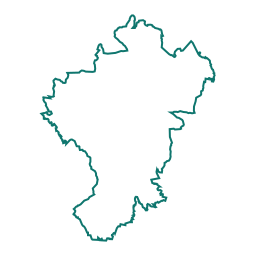 Tepetlán, Veracruz, Mexico
{"feature_id": "50627088B10984666318853", "entity_name": "Tepetlán", "entity_type": "district", "adm_level": 2, "iso_a3": "MEX", "parent_name": "Mexico", "parent_adm1": "Veracruz", "projection": "albers", "projection_center": [-96.778, 19.664], "detail": "fine", "context": "isolated", "style": "outline", "palette": "teal", "viewbox_px": 256, "rotation_deg": 0, "n_neighbors": 0, "source": "geoboundaries", "source_scale": "gbopen_adm2", "svg_char_len": 5735}
<svg xmlns="http://www.w3.org/2000/svg" viewBox="0 0 256 256"><path d="M41.4,113.7L43.8,116.1L43.8,118.8L44.6,119.0L45.2,118.4L46.2,119.1L47.1,118.8L48.1,119.1L48.6,119.9L48.6,121.4L49.9,123.0L51.2,122.2L51.6,122.5L51.5,124.2L51.8,125.4L52.2,125.7L53.3,125.3L53.4,124.3L54.2,123.9L56.8,127.2L56.8,127.7L55.7,128.2L56.2,130.9L56.8,130.6L58.7,132.4L58.5,133.7L59.2,135.1L59.9,134.8L60.9,135.8L60.4,136.3L61.4,136.8L60.7,137.8L62.6,140.1L62.2,140.7L63.0,141.8L63.2,143.2L64.9,142.7L64.2,141.4L65.0,140.6L65.9,141.1L66.5,142.7L66.3,143.9L69.8,140.2L70.9,139.6L71.9,139.5L74.7,141.1L76.7,146.2L79.2,146.4L79.5,146.9L79.4,147.9L79.9,150.0L82.5,149.8L83.2,151.0L85.0,151.3L86.9,154.0L87.4,156.0L89.9,157.2L90.4,157.9L90.4,161.8L89.7,164.0L90.2,165.7L91.3,167.0L91.2,168.8L95.0,171.2L96.0,173.3L96.1,175.6L97.1,177.3L97.2,178.8L97.7,179.3L96.8,184.1L92.8,188.4L93.5,191.5L93.4,192.7L93.8,194.1L94.2,194.5L89.5,197.1L88.2,199.1L84.3,200.6L80.6,204.4L78.6,205.5L78.0,205.4L77.4,206.3L76.8,206.3L76.0,206.8L74.4,208.6L73.6,208.3L73.9,208.6L73.7,208.9L75.2,210.6L75.2,211.7L74.1,213.4L74.3,214.0L73.6,214.0L73.5,214.4L75.5,215.7L75.7,216.3L76.3,216.7L76.3,217.3L77.2,217.7L77.9,217.4L78.1,218.3L79.9,219.4L82.0,224.5L82.8,225.7L84.2,226.6L85.4,228.5L87.1,232.6L88.0,232.6L88.0,235.2L90.5,235.3L91.7,238.9L92.4,239.6L98.0,239.9L98.1,237.6L99.2,238.6L99.6,240.2L101.0,240.3L101.1,239.1L101.7,238.7L102.4,240.4L106.2,240.6L107.2,238.3L108.7,238.3L110.0,238.7L109.8,239.1L112.1,239.2L112.9,236.5L111.9,235.5L112.0,234.9L112.5,234.8L113.7,233.1L114.8,233.0L115.0,233.5L116.9,228.1L118.3,226.3L120.0,226.4L120.5,224.2L125.4,225.2L125.4,223.5L130.4,221.9L131.1,220.6L131.7,221.9L131.4,222.2L131.9,222.2L131.6,219.4L133.1,219.2L132.1,217.6L133.9,216.2L134.2,215.4L133.3,215.1L134.2,214.6L133.4,212.7L133.7,211.5L134.4,211.1L133.7,210.5L133.4,207.2L133.5,206.5L133.9,206.8L134.3,206.4L134.1,205.3L135.2,204.9L135.0,204.5L135.8,203.8L135.9,201.9L135.2,201.0L134.9,199.0L135.3,197.4L135.9,196.8L137.2,197.0L139.0,201.2L138.6,201.4L139.1,202.6L139.7,202.4L140.4,203.7L142.0,204.4L142.8,207.2L144.4,208.1L145.6,210.0L145.9,209.7L146.5,210.3L147.0,210.3L147.5,209.6L146.8,207.7L147.4,206.6L147.1,204.8L147.7,204.0L149.8,204.9L150.3,206.0L151.5,206.5L153.7,206.6L155.3,207.3L155.9,207.1L153.2,204.3L154.6,204.4L155.1,205.0L155.3,202.8L157.0,202.5L157.7,201.9L158.6,202.7L161.5,200.8L162.4,200.9L163.4,200.1L165.3,200.8L166.3,197.6L162.6,196.8L162.9,194.3L162.3,194.1L161.7,194.7L160.7,194.9L160.8,193.8L160.3,193.6L161.4,191.9L161.5,190.8L160.4,190.1L158.6,190.3L157.8,189.9L157.4,188.9L159.1,186.5L159.7,186.5L156.2,183.9L153.4,184.0L154.8,183.5L152.4,183.1L151.3,179.7L159.2,178.2L156.8,173.2L156.5,171.9L156.9,169.9L157.0,170.2L157.4,169.4L157.7,169.4L158.4,171.6L160.2,172.6L160.0,172.4L161.9,172.5L162.2,170.0L161.8,169.0L163.3,167.4L164.5,165.5L164.6,162.8L165.7,162.4L166.8,161.2L169.0,160.6L170.0,159.0L170.6,156.7L170.4,154.7L170.7,151.5L170.1,149.4L170.5,146.3L171.2,145.4L171.1,144.1L172.0,142.8L169.9,137.0L169.7,129.1L173.8,128.7L174.9,129.5L180.3,129.1L181.1,128.7L180.8,127.5L181.7,126.5L183.4,125.6L183.8,124.6L182.9,121.0L182.2,119.9L178.9,117.9L177.0,117.5L173.3,114.1L170.7,112.5L172.9,112.5L174.0,111.8L176.7,111.8L177.7,112.1L180.2,111.1L183.5,112.0L186.6,112.3L188.4,113.1L189.9,112.8L192.1,113.3L194.6,112.8L193.9,110.9L194.0,106.5L195.6,101.4L196.2,97.7L200.6,95.3L201.2,94.2L201.1,91.3L202.7,90.5L202.9,89.9L202.9,88.9L203.4,87.9L203.2,86.2L204.0,82.0L204.6,82.4L205.2,82.2L205.6,78.6L208.2,79.2L208.7,78.2L209.5,78.1L210.2,79.5L211.0,78.8L212.6,79.0L212.0,80.0L211.9,81.4L213.3,81.6L214.1,79.6L213.8,78.3L214.0,77.9L213.6,77.3L214.6,75.4L214.1,74.0L214.3,73.4L213.7,73.2L213.9,72.8L213.0,69.7L212.3,69.4L211.5,67.9L211.1,66.3L210.5,65.5L211.1,64.6L210.2,63.4L209.8,60.6L207.3,58.3L206.7,57.9L206.1,58.3L205.4,57.2L204.6,57.9L204.2,57.5L202.3,57.4L199.6,55.7L198.9,54.8L199.5,54.4L200.2,52.9L199.8,52.4L198.0,53.4L192.7,42.8L191.1,41.2L182.9,50.5L181.1,50.9L180.2,48.7L177.6,48.9L175.0,51.6L174.3,54.3L174.8,54.4L175.6,55.8L175.1,56.7L174.3,57.0L171.7,55.0L171.0,55.2L169.3,54.3L161.7,47.4L162.2,42.7L161.7,40.4L162.0,39.1L161.3,38.4L161.3,36.9L161.5,37.2L161.7,36.5L163.0,35.9L162.2,34.4L161.4,30.4L160.5,29.4L159.5,29.6L158.8,28.9L155.1,28.0L153.9,26.9L152.6,26.4L152.6,25.7L152.2,25.2L150.8,24.7L147.9,24.8L147.4,25.8L146.3,25.5L145.3,24.8L144.6,23.7L145.0,21.4L143.1,20.2L139.0,20.7L138.5,22.3L137.3,22.4L136.8,23.0L136.2,26.2L135.7,26.4L134.9,28.0L132.6,28.0L134.3,25.9L134.5,22.8L134.3,20.9L134.9,20.0L134.8,18.1L134.4,16.7L133.3,15.5L132.0,15.4L130.6,16.7L129.7,18.9L129.7,19.9L126.6,24.4L126.2,26.4L122.6,26.8L122.0,27.4L119.4,27.3L118.5,28.2L117.9,28.3L116.6,30.4L115.3,30.6L114.6,31.9L114.6,33.6L115.1,34.8L114.6,36.3L115.4,37.5L117.6,39.2L119.9,41.8L122.3,43.2L123.5,44.9L125.0,46.0L127.0,49.2L127.3,50.6L123.1,51.2L121.1,51.0L115.5,52.9L107.7,53.7L103.7,53.1L103.1,49.2L101.5,46.8L101.5,45.0L100.7,44.2L99.4,44.6L98.6,45.7L97.4,49.4L99.3,50.3L95.5,54.9L96.1,55.7L97.1,56.0L97.2,57.0L97.9,57.8L97.5,59.0L96.3,60.2L95.0,60.3L94.4,61.8L94.1,63.3L94.8,64.7L95.2,68.8L94.7,71.4L92.8,71.9L85.7,71.6L83.8,70.8L81.7,70.5L80.3,71.4L79.2,72.6L67.3,72.9L68.3,74.9L68.2,75.7L67.7,77.7L65.9,79.6L65.6,82.6L64.8,83.0L62.9,82.8L62.2,81.7L61.0,81.3L59.8,79.9L57.4,79.5L55.5,78.7L54.9,79.2L53.5,80.6L53.6,82.0L54.7,84.8L54.5,85.4L53.9,85.5L53.8,86.0L54.4,86.1L53.1,88.2L54.1,91.4L53.7,94.6L53.7,96.0L54.2,97.1L53.6,96.4L51.7,96.9L49.2,96.4L49.8,97.1L49.6,97.7L50.1,98.3L42.5,97.2L44.0,97.8L43.4,99.9L44.3,101.7L45.7,103.1L46.1,104.9L45.8,105.5L47.6,108.5L47.8,109.7L48.3,109.8L48.7,111.5L51.0,111.6L51.8,113.6L49.6,115.0L48.8,114.8L47.5,114.3L46.7,112.2L44.0,113.3L43.6,113.1L41.4,113.7Z" fill="none" stroke="#0f766e" stroke-width="2"/></svg>